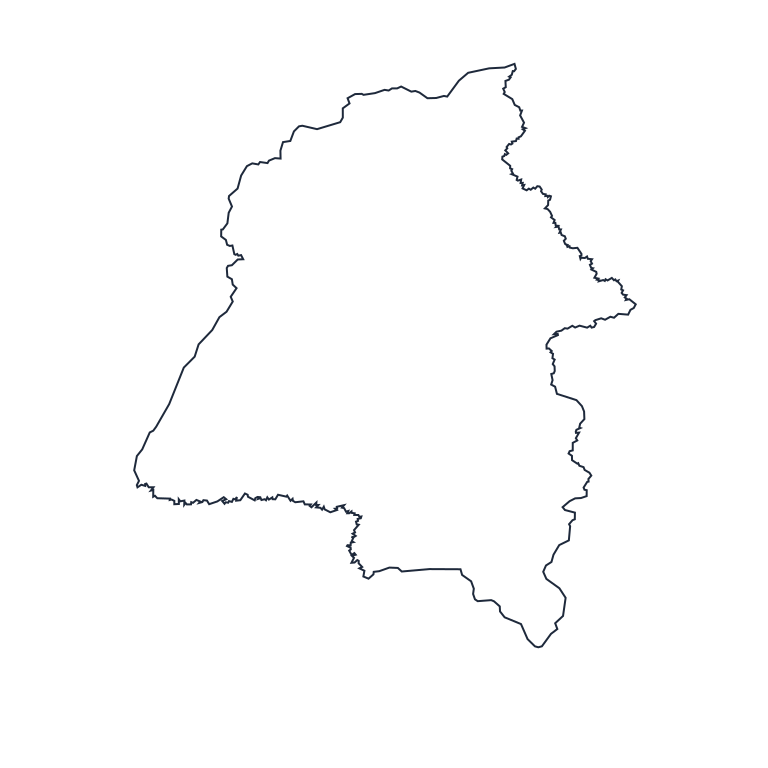 Kuchinarai, Kalasin, Thailand (Equal Earth projection), rotated 258°
{"feature_id": "78962969B96720731529484", "entity_name": "Kuchinarai", "entity_type": "district", "adm_level": 2, "iso_a3": "THA", "parent_name": "Thailand", "parent_adm1": "Kalasin", "projection": "equal_earth", "projection_center": [103.988, 16.535], "detail": "fine", "context": "isolated", "style": "outline", "palette": "slate", "viewbox_px": 768, "rotation_deg": 258, "n_neighbors": 0, "source": "geoboundaries", "source_scale": "gbopen_adm2", "svg_char_len": 6139}
<svg xmlns="http://www.w3.org/2000/svg" viewBox="0 0 768 768"><g transform="rotate(258 384 384)"><path d="M108.3,502.6L114.4,501.7L119.9,510.9L137.1,517.2L147.7,513.1L159.6,502.3L167.2,500.7L172.8,504.7L175.1,510.8L181.8,514.3L190.0,521.9L192.6,532.3L206.2,536.5L208.4,535.9L211.6,540.1L212.0,542.5L218.5,544.0L223.1,534.8L226.4,533.1L230.8,541.2L232.4,547.2L231.5,553.0L232.2,558.9L238.0,560.2L238.9,558.1L241.2,557.7L246.0,562.4L246.0,563.8L248.6,564.2L251.3,567.7L254.5,566.5L258.2,562.4L261.2,561.9L263.4,558.1L266.2,557.5L265.9,556.5L270.4,552.1L274.7,552.9L277.6,550.1L279.7,551.6L279.8,554.8L287.2,556.4L288.6,561.3L291.1,560.4L295.9,564.7L296.3,561.6L297.6,561.7L299.2,562.7L300.1,566.9L300.7,565.9L304.4,567.6L308.0,572.7L315.5,574.0L321.2,573.0L328.2,568.9L338.4,551.1L345.8,550.8L348.7,547.4L352.7,549.7L359.0,549.7L359.2,552.3L361.2,553.7L365.8,554.5L368.4,553.2L372.4,556.0L374.2,554.1L378.4,555.6L380.4,553.5L381.4,554.9L384.5,552.7L384.8,550.4L388.7,551.1L394.1,556.3L395.7,564.3L396.8,564.3L397.4,560.6L399.3,563.6L399.3,568.6L401.0,572.4L400.0,575.1L401.8,580.3L399.5,582.7L400.4,587.4L396.9,594.4L398.1,597.9L396.0,598.8L396.1,601.4L398.9,604.0L401.8,602.6L402.5,604.0L403.1,610.1L400.9,613.6L402.7,619.4L401.0,622.8L403.9,627.8L401.1,637.2L405.3,640.5L406.4,644.1L409.6,646.8L415.9,641.6L415.9,638.0L417.1,639.0L418.6,637.5L420.5,639.7L421.7,636.4L423.7,635.4L425.9,637.3L427.1,635.7L430.2,637.0L435.6,633.9L436.5,634.6L436.2,632.8L438.2,632.0L437.7,630.5L440.4,628.9L438.8,624.2L440.4,622.5L438.9,621.4L440.1,620.0L439.8,615.5L440.7,616.1L441.7,614.0L442.6,615.5L444.2,611.9L447.6,614.9L449.6,614.9L452.8,610.7L453.8,612.4L454.5,610.8L457.8,610.2L458.5,612.5L461.2,611.7L462.8,613.4L464.1,609.4L466.5,609.1L465.5,606.7L466.5,603.0L465.6,602.2L468.4,602.1L468.6,603.8L470.2,604.2L477.0,601.5L477.5,596.9L478.8,594.1L480.2,594.1L480.0,592.1L481.3,592.4L481.0,590.9L481.9,592.3L483.3,590.3L486.7,589.7L488.3,592.0L490.9,591.6L492.8,588.7L495.5,588.4L495.5,587.1L498.4,589.2L498.8,587.5L501.6,587.5L501.8,585.4L502.6,586.9L503.2,584.9L506.0,585.1L506.4,583.3L508.9,585.0L512.3,582.0L513.5,583.3L517.9,582.3L521.1,580.4L522.3,577.9L524.9,581.7L529.3,582.8L529.7,584.7L532.9,586.3L533.8,584.8L532.8,583.1L534.1,583.0L534.3,580.9L535.9,581.6L536.9,579.0L539.9,577.7L541.4,578.7L544.8,577.3L545.6,575.1L543.6,572.5L545.1,570.9L543.5,567.9L545.0,566.3L543.8,563.8L546.5,560.2L549.5,562.5L549.6,560.4L551.9,561.5L552.2,559.4L555.5,560.7L555.1,557.2L556.0,556.2L559.1,557.7L562.7,552.5L562.9,553.9L566.1,552.9L567.5,554.0L568.7,552.2L571.2,552.8L579.1,546.3L581.8,547.1L582.0,549.0L583.7,550.0L582.7,551.2L583.8,553.4L587.3,551.2L588.9,553.6L590.3,553.2L592.8,556.3L591.9,558.0L592.5,559.6L594.5,559.4L594.2,563.6L596.5,564.8L595.9,566.6L597.3,566.9L597.8,569.4L602.4,574.5L604.3,572.7L604.8,575.6L606.8,572.5L610.5,575.3L618.4,573.0L622.8,575.8L623.1,574.2L626.6,573.8L629.8,569.9L636.0,568.7L642.9,561.4L644.5,562.8L648.1,562.0L649.0,564.8L655.2,565.8L655.7,569.5L657.6,571.6L658.6,570.3L659.9,573.3L663.3,575.0L662.9,576.3L664.8,578.5L670.0,578.2L668.5,567.8L670.9,552.5L670.9,531.0L665.1,520.3L652.0,505.6L653.3,502.5L652.9,494.5L654.5,485.9L661.7,479.3L664.1,475.6L664.3,471.5L671.4,462.6L670.4,458.3L671.5,453.3L670.1,449.6L671.6,445.7L670.4,435.7L671.1,424.1L672.4,422.6L673.6,416.0L671.1,407.8L665.6,408.6L662.2,401.0L653.1,399.1L649.2,395.6L647.2,371.5L653.6,357.8L653.7,354.4L649.8,348.4L641.2,342.9L641.6,335.5L633.8,331.2L626.0,329.7L627.6,324.3L626.4,317.9L624.3,316.0L626.9,308.9L624.9,306.7L627.2,301.0L625.6,295.2L617.6,287.6L605.6,281.4L600.1,271.5L597.6,270.6L589.2,272.2L583.8,267.7L573.7,264.2L568.7,258.5L568.8,256.9L562.2,255.4L557.8,259.3L552.8,259.5L551.1,261.9L551.0,264.5L542.1,264.6L541.2,265.8L541.7,267.5L539.8,268.2L539.8,271.0L535.3,272.2L536.2,266.8L531.8,259.9L532.0,256.0L530.1,254.3L521.6,253.1L518.1,257.0L512.7,256.7L508.4,259.7L501.2,252.2L496.1,253.2L487.4,245.0L483.6,236.9L472.5,227.2L461.3,210.9L450.1,204.5L441.7,191.6L409.0,169.7L389.6,152.3L386.3,148.6L385.3,144.8L370.3,133.9L364.9,127.3L351.5,121.7L340.2,124.2L336.5,121.2L334.2,121.4L335.9,125.7L334.0,129.2L335.9,129.6L336.0,130.9L331.9,132.4L330.9,137.0L328.2,133.8L328.3,136.3L321.7,134.8L322.3,136.7L319.4,138.5L316.4,150.8L315.1,150.3L315.2,152.1L313.3,154.6L310.0,153.9L309.3,158.4L313.9,159.3L311.6,160.4L311.5,164.5L307.4,163.5L308.9,165.2L307.2,166.1L306.4,170.2L308.5,170.9L307.5,172.5L309.6,176.4L307.2,179.9L306.1,178.5L306.3,181.8L307.9,183.2L306.8,186.6L302.8,188.0L303.8,196.6L306.6,203.7L304.1,205.7L303.2,201.4L300.0,203.1L301.2,204.5L300.3,206.9L301.7,208.0L300.3,210.7L303.0,212.8L302.1,214.4L304.0,216.6L300.6,215.2L300.2,219.3L305.8,225.2L304.0,227.6L302.0,227.5L297.1,233.3L299.1,234.4L299.8,236.8L299.2,238.7L297.8,237.1L298.0,239.6L296.0,240.0L296.1,243.3L294.8,244.4L297.4,246.3L294.9,247.4L296.3,251.2L294.5,251.1L293.8,253.7L297.7,257.3L294.1,265.1L295.0,266.1L289.2,268.3L290.7,270.7L288.7,270.6L286.8,272.6L286.0,280.8L282.7,281.5L281.4,287.3L280.2,286.0L278.5,287.4L282.1,293.2L279.7,292.5L279.3,294.7L277.4,292.0L276.1,296.1L274.0,297.3L276.5,299.6L273.7,299.9L269.7,304.8L270.5,311.6L272.2,310.3L272.0,312.3L273.7,312.3L273.8,319.8L271.8,317.2L270.9,319.2L267.0,320.3L267.2,322.6L265.2,321.2L264.8,323.0L266.1,325.7L264.7,325.5L263.6,328.4L262.1,327.7L261.2,331.7L259.2,332.3L259.1,334.3L257.5,333.4L257.5,330.2L255.5,330.1L255.2,328.0L252.4,328.1L251.6,330.0L247.3,324.3L244.8,324.8L244.1,322.2L241.3,324.7L240.5,322.6L241.3,320.5L239.8,321.9L237.0,319.8L235.7,321.2L235.7,318.5L233.1,317.8L233.9,314.8L233.2,314.1L230.8,317.3L229.1,317.1L228.3,315.3L223.5,316.8L224.8,319.8L222.9,320.8L222.6,316.9L220.2,318.5L215.9,315.0L215.5,318.1L217.3,321.2L216.2,322.5L213.9,321.9L209.6,324.6L208.8,321.6L205.4,326.0L200.0,323.8L196.8,328.4L200.0,334.1L202.4,334.9L201.9,340.4L203.3,351.1L201.2,359.3L196.9,362.4L193.5,390.0L186.9,420.3L181.0,420.7L172.9,428.2L165.1,429.3L160.1,427.5L154.5,428.2L152.1,430.5L150.3,443.9L148.6,446.4L142.4,451.0L137.4,450.2L130.7,453.5L120.7,468.1L104.6,471.4L96.0,477.1L94.4,480.2L94.6,483.9L104.9,495.4L108.3,502.6Z" fill="none" stroke="#1e293b" stroke-width="2"/></g></svg>